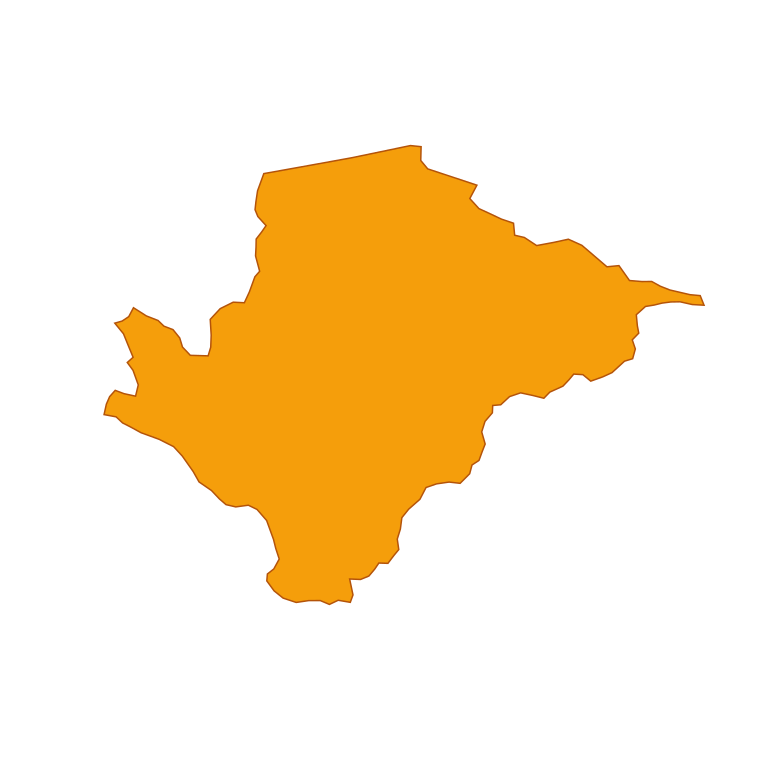 Divinolândia, São Paulo, Brazil, rotated 290°
{"feature_id": "56859067B36914756997745", "entity_name": "Divinolândia", "entity_type": "district", "adm_level": 2, "iso_a3": "BRA", "parent_name": "Brazil", "parent_adm1": "São Paulo", "projection": "robinson", "projection_center": [-46.706, -21.669], "detail": "fine", "context": "isolated", "style": "filled", "palette": "amber", "viewbox_px": 768, "rotation_deg": 290, "n_neighbors": 0, "source": "geoboundaries", "source_scale": "gbopen_adm2", "svg_char_len": 2055}
<svg xmlns="http://www.w3.org/2000/svg" viewBox="0 0 768 768"><g transform="rotate(290 384 384)"><path d="M602.6,403.3L601.1,351.5L606.6,342.1L619.7,337.7L617.1,327.3L585.4,276.0L568.0,246.2L558.5,229.9L540.6,199.1L522.3,199.1L511.5,201.3L503.7,203.2L498.2,208.2L492.5,219.0L484.9,217.0L476.5,214.3L468.6,217.0L460.4,219.5L453.7,224.2L447.4,228.6L440.6,226.0L424.6,226.0L412.6,225.0L409.3,214.3L398.8,204.3L385.3,198.6L370.8,204.9L359.3,208.6L350.3,209.1L344.7,192.2L349.8,182.0L357.4,176.3L362.9,167.2L363.1,157.4L366.4,150.0L366.7,137.4L370.0,122.5L360.0,121.1L353.6,116.4L349.1,110.2L342.1,122.0L331.6,131.5L323.3,139.1L316.4,135.4L311.0,143.5L299.1,153.4L287.6,154.7L286.0,143.0L286.1,133.6L278.3,130.5L270.1,130.0L259.5,131.4L261.5,143.5L258.0,151.7L257.0,160.0L255.1,172.4L255.1,191.4L253.2,207.7L247.3,219.1L236.5,234.6L228.7,243.7L224.9,258.3L219.7,268.7L216.6,276.8L217.8,286.7L223.7,298.0L222.7,307.6L215.6,320.4L205.8,328.6L200.2,333.3L192.5,338.5L183.7,345.4L172.5,343.7L165.6,339.4L158.9,341.2L152.0,351.5L148.3,362.4L148.7,376.2L154.7,387.3L158.7,398.2L158.2,408.1L165.1,414.9L167.3,427.0L175.2,427.0L189.0,418.4L192.3,428.8L198.4,435.5L206.9,438.6L214.0,440.4L216.8,449.0L226.4,452.0L233.5,454.5L242.8,449.5L253.3,449.0L264.5,446.5L274.8,450.0L288.0,457.2L301.1,458.9L308.1,467.5L314.1,478.7L316.7,489.5L329.0,495.2L338.0,494.4L344.7,499.4L354.0,499.4L362.2,499.6L372.4,492.2L383.4,491.7L394.0,495.7L401.0,493.5L404.4,500.8L415.1,506.3L422.4,515.4L424.1,527.7L425.3,539.1L433.1,542.6L443.2,552.9L451.3,556.4L458.2,558.9L460.8,567.7L457.4,577.3L465.6,587.2L472.7,594.4L487.7,602.2L492.8,609.0L502.9,608.2L510.4,602.2L518.9,606.0L525.3,602.2L535.4,597.4L546.3,603.2L550.6,610.9L555.1,617.6L559.2,625.5L562.5,634.1L564.1,646.5L567.5,657.8L575.2,650.9L572.6,641.0L570.1,620.3L570.4,610.1L571.9,600.5L568.5,591.4L565.2,579.3L575.6,564.3L570.4,553.4L582.0,522.5L583.1,507.7L575.2,495.2L566.3,480.1L569.7,465.8L568.5,455.9L579.4,450.7L579.1,438.2L581.3,413.2L587.6,401.2L602.6,403.3Z" fill="#f59e0b" stroke="#b45309" stroke-width="1.5"/></g></svg>